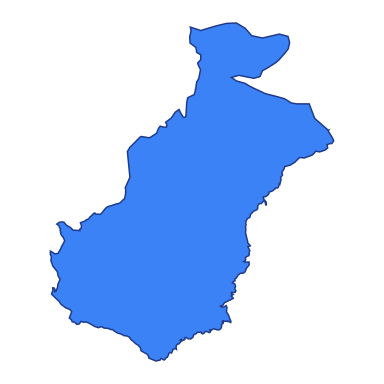 Agios Ioannis Pafou, Paphos, Cyprus (Robinson projection)
{"feature_id": "46923920B69551909873956", "entity_name": "Agios Ioannis Pafou", "entity_type": "district", "adm_level": 2, "iso_a3": "CYP", "parent_name": "Cyprus", "parent_adm1": "Paphos", "projection": "robinson", "projection_center": [32.691, 34.877], "detail": "fine", "context": "isolated", "style": "filled", "palette": "blue", "viewbox_px": 384, "rotation_deg": 0, "n_neighbors": 0, "source": "geoboundaries", "source_scale": "gbopen_adm2", "svg_char_len": 5239}
<svg xmlns="http://www.w3.org/2000/svg" viewBox="0 0 384 384"><path d="M179.0,109.5L175.1,112.3L172.8,115.9L171.2,118.1L165.7,122.2L166.8,124.9L166.6,126.8L165.5,127.2L163.3,127.0L160.2,126.2L158.7,128.0L156.6,133.2L150.0,137.6L148.5,137.7L144.4,137.0L141.3,136.5L140.3,136.9L137.4,139.8L129.8,147.5L127.4,151.5L128.9,167.1L129.9,177.3L128.5,180.5L125.2,187.9L125.6,188.7L125.7,189.6L125.6,193.2L125.5,194.2L125.0,196.9L124.3,199.0L122.4,200.4L120.6,202.5L119.1,203.3L115.8,204.1L112.6,205.2L108.3,206.5L106.7,207.2L104.5,209.5L102.3,212.4L100.5,214.3L98.4,214.2L95.6,214.0L94.9,213.3L94.8,213.0L93.4,213.6L92.5,214.8L89.8,217.2L88.7,218.8L86.0,220.0L85.8,220.6L80.4,222.8L81.5,225.5L81.2,228.3L79.6,229.3L79.9,230.6L74.6,230.2L73.2,230.3L70.6,227.6L67.1,225.6L66.4,225.2L64.1,222.4L62.4,221.9L59.3,222.3L56.8,224.1L58.9,225.7L59.6,227.8L60.4,228.8L60.1,230.6L60.7,231.4L60.5,232.9L61.7,235.7L63.1,237.1L64.7,240.7L63.2,243.7L61.5,246.6L60.9,248.4L58.0,253.4L55.1,253.9L50.4,251.1L50.3,254.5L51.4,256.6L50.9,260.6L53.0,266.3L57.2,271.5L58.4,276.6L60.1,279.2L58.0,284.0L57.5,287.4L55.8,291.5L54.6,291.6L55.1,290.2L54.3,288.1L52.9,287.8L52.7,287.8L52.8,290.5L52.1,292.6L51.5,294.1L55.3,297.8L59.0,301.3L61.2,304.5L65.8,307.8L70.2,309.7L71.7,311.7L69.3,318.0L70.1,318.7L71.3,319.7L72.2,321.8L74.7,322.2L76.6,324.3L79.3,323.9L81.0,321.4L83.2,322.2L86.0,322.0L88.8,323.0L91.0,324.3L94.8,326.5L98.4,327.7L101.5,326.6L104.1,328.1L108.0,328.3L110.7,329.6L112.5,329.5L114.7,331.4L117.9,333.2L121.0,334.0L123.9,335.6L127.3,336.1L129.3,337.1L131.2,339.9L133.2,341.3L135.7,343.7L137.3,344.7L138.3,345.2L139.1,346.5L140.3,347.5L141.1,350.8L147.4,354.4L148.8,356.8L148.8,358.1L156.0,361.0L159.0,360.3L160.0,360.2L160.8,358.5L162.0,358.7L163.0,359.6L164.3,360.0L165.0,359.4L165.6,358.3L166.2,357.7L167.4,357.2L169.3,352.8L170.2,352.5L171.6,353.0L173.0,349.7L173.1,349.4L175.1,348.6L175.8,348.7L176.4,349.2L176.2,348.0L176.1,346.3L176.4,345.4L177.9,343.9L178.8,344.0L180.8,341.6L180.1,340.2L181.3,339.4L181.9,340.9L184.9,339.5L184.6,338.0L186.0,337.4L188.2,338.8L190.9,338.9L193.0,337.2L193.5,335.0L196.1,333.7L197.4,332.2L198.5,332.4L200.8,331.9L201.6,332.7L201.4,333.2L202.5,333.9L204.2,333.0L204.8,331.7L205.2,331.7L206.8,331.5L207.8,331.8L208.3,332.4L209.7,332.5L210.1,332.2L210.4,331.4L209.7,329.9L210.6,329.7L211.3,330.4L212.7,329.2L213.0,329.1L213.7,328.8L215.8,329.4L217.4,329.9L219.3,329.8L220.8,328.6L221.5,327.3L221.6,325.7L221.4,324.4L221.9,324.1L222.6,323.8L223.3,323.0L223.4,322.3L222.3,321.9L223.1,320.7L224.3,321.2L225.4,321.3L226.3,321.2L227.5,321.5L227.7,321.1L230.7,322.5L230.9,321.3L229.2,317.2L229.0,316.3L228.1,314.4L226.4,311.9L226.9,308.2L226.9,307.2L226.2,305.6L223.5,307.2L221.6,306.9L220.4,306.1L222.9,305.3L224.5,302.6L229.5,300.3L233.2,298.4L232.9,297.6L232.5,297.4L232.3,296.9L231.4,296.6L231.5,295.1L232.3,295.1L233.2,294.6L231.8,293.8L231.4,293.4L231.4,292.5L231.8,292.2L233.2,292.6L235.2,292.3L235.8,290.8L235.3,289.7L234.7,288.1L235.6,286.7L234.9,284.1L234.0,283.4L232.4,283.0L233.6,281.2L235.0,280.9L235.0,278.9L236.4,278.0L238.2,275.0L240.5,273.2L242.6,273.3L244.5,272.5L245.5,270.8L246.4,268.4L249.2,264.8L249.0,262.0L245.7,262.2L243.7,261.5L244.2,261.1L245.2,260.7L245.7,259.3L245.4,257.5L246.8,256.6L248.5,255.8L249.3,254.7L249.1,253.4L249.1,252.8L249.8,250.7L247.9,246.6L250.1,246.0L250.3,245.7L250.0,245.3L248.0,243.2L247.6,242.0L247.5,240.8L246.6,237.4L245.5,232.6L245.7,231.1L245.8,230.1L245.6,226.5L246.0,224.8L245.8,222.6L246.0,220.9L246.3,220.6L247.5,218.5L249.8,217.5L250.3,215.6L250.2,214.8L254.3,210.6L255.5,210.5L256.5,209.9L257.4,209.0L257.8,208.2L257.7,206.0L257.8,205.5L258.2,204.9L258.6,204.4L259.5,203.7L261.3,203.5L263.5,201.2L264.0,200.8L264.6,201.2L265.0,201.9L265.4,203.3L265.6,204.5L265.8,205.0L266.3,204.9L266.4,204.1L266.2,203.0L265.9,201.5L265.1,200.9L264.8,200.2L263.8,199.6L263.7,198.6L263.3,198.1L263.1,197.0L265.8,196.6L268.0,194.9L269.0,193.3L268.9,192.3L269.3,192.0L272.0,191.2L275.3,188.7L275.5,188.1L276.2,188.0L277.8,187.9L278.5,186.9L279.2,183.8L279.8,184.4L280.2,183.0L281.0,179.7L280.6,177.5L282.5,175.1L281.9,172.3L284.0,169.0L284.7,166.6L290.0,165.2L290.8,164.8L294.9,162.2L299.6,157.5L304.2,158.0L312.0,155.2L314.1,153.3L315.7,151.2L319.7,151.9L325.1,150.1L327.7,148.0L327.3,146.1L327.0,144.7L329.8,143.6L331.8,143.6L333.2,141.5L333.7,140.8L332.3,137.6L328.9,132.2L328.2,130.9L328.6,130.3L328.4,130.4L314.6,118.3L314.2,117.1L314.1,116.8L309.2,103.9L296.9,103.9L291.3,103.0L285.2,99.1L283.4,98.4L276.2,96.4L275.4,96.2L265.5,93.7L259.0,90.7L250.0,86.4L249.8,86.3L245.2,83.4L240.9,82.2L236.3,80.9L233.3,78.7L231.5,77.4L238.9,75.3L242.9,76.1L244.7,76.5L253.8,78.3L259.7,76.7L260.0,76.5L262.5,70.7L267.2,68.1L275.4,62.9L276.0,62.4L279.0,59.8L285.1,52.9L288.2,48.9L289.6,42.7L288.0,36.4L279.3,34.1L262.5,38.0L251.7,35.7L245.1,28.2L236.4,23.0L226.5,23.4L216.1,25.9L200.7,30.5L190.3,27.1L191.1,30.7L189.7,36.8L190.1,43.1L195.6,47.2L195.8,47.7L196.0,48.0L196.7,52.4L200.7,54.8L200.8,55.0L200.7,59.9L200.5,60.0L197.7,62.9L197.9,64.1L200.5,69.8L198.8,78.3L198.4,79.0L196.6,82.2L195.8,88.1L194.9,92.2L194.2,94.6L188.0,97.6L188.0,97.8L187.6,97.9L186.7,103.0L186.3,109.4L185.9,116.6L184.0,117.4L183.3,117.2L181.3,114.1L179.0,109.5Z" fill="#3b82f6" stroke="#1e3a8a" stroke-width="1.5"/></svg>